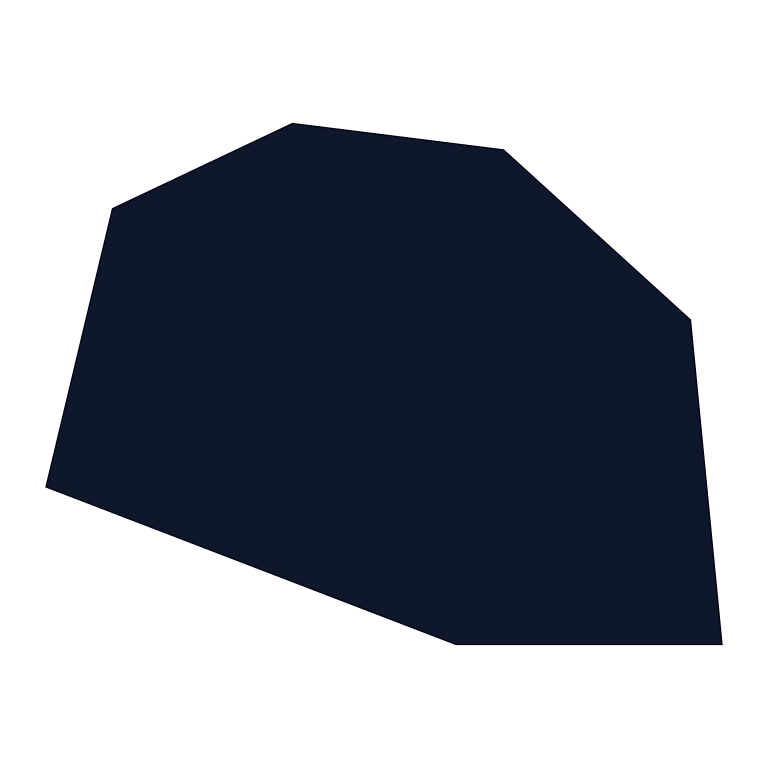 Maradi, Maradi, Niger
{"feature_id": "23599985B96333695472040", "entity_name": "Maradi", "entity_type": "district", "adm_level": 2, "iso_a3": "NER", "parent_name": "Niger", "parent_adm1": "Maradi", "projection": "mercator", "projection_center": [7.133, 13.501], "detail": "fine", "context": "isolated", "style": "filled", "palette": "ink", "viewbox_px": 768, "rotation_deg": 0, "n_neighbors": 0, "source": "geoboundaries", "source_scale": "gbopen_adm2", "svg_char_len": 227}
<svg xmlns="http://www.w3.org/2000/svg" viewBox="0 0 768 768"><path d="M112.6,208.7L46.1,486.9L456.1,644.4L721.9,644.4L690.4,320.0L503.5,150.0L292.4,123.6L112.6,208.7Z" fill="#0f172a" stroke="#020617" stroke-width="1.5"/></svg>